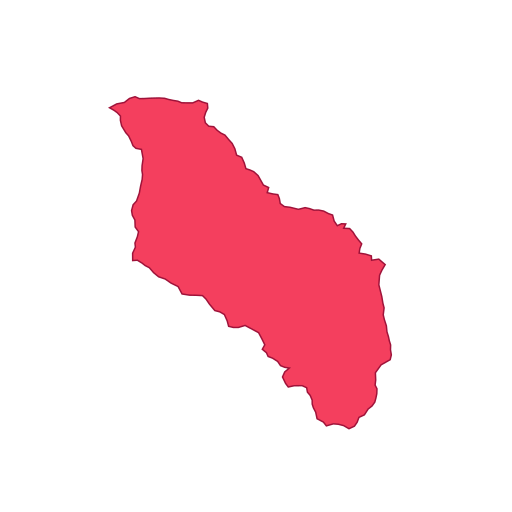 Paulistânia, São Paulo, Brazil, rotated 246°
{"feature_id": "56859067B21120338583283", "entity_name": "Paulistânia", "entity_type": "district", "adm_level": 2, "iso_a3": "BRA", "parent_name": "Brazil", "parent_adm1": "São Paulo", "projection": "natural_earth1", "projection_center": [-49.301, -22.568], "detail": "fine", "context": "isolated", "style": "filled", "palette": "rose", "viewbox_px": 512, "rotation_deg": 246, "n_neighbors": 0, "source": "geoboundaries", "source_scale": "gbopen_adm2", "svg_char_len": 2417}
<svg xmlns="http://www.w3.org/2000/svg" viewBox="0 0 512 512"><g transform="rotate(246 256 256)"><path d="M451.0,182.5L447.2,185.3L443.5,187.5L439.0,189.1L435.1,187.3L429.6,186.2L421.6,187.2L417.5,188.5L411.5,188.7L406.8,188.5L403.2,190.1L400.0,194.7L390.9,192.5L384.9,188.7L380.4,186.5L376.6,185.5L372.2,183.1L366.9,179.1L360.9,175.0L354.8,169.2L352.8,164.6L348.1,160.8L343.5,159.6L338.1,160.0L331.6,157.4L326.0,158.6L321.9,155.5L317.1,150.7L313.1,149.4L308.7,144.4L302.0,141.5L300.4,145.9L295.9,149.0L292.3,150.9L288.7,153.8L282.4,155.7L276.6,158.6L271.9,163.7L265.9,167.3L259.8,172.4L251.4,173.0L247.3,179.3L244.5,185.3L241.6,191.0L237.0,192.8L231.0,193.9L222.9,196.2L219.7,200.2L215.4,203.3L208.5,203.3L202.9,202.4L199.9,206.3L197.9,210.8L197.0,217.8L184.9,227.2L177.5,227.7L171.3,227.9L168.2,223.8L163.4,226.2L159.3,226.2L155.9,229.6L150.9,232.9L145.9,233.8L142.6,237.0L140.1,240.9L138.4,235.1L134.7,231.0L127.5,231.2L123.2,232.2L122.0,238.0L118.8,245.4L115.1,248.7L110.7,247.6L106.6,248.8L101.5,248.7L97.8,247.1L94.0,246.7L89.0,247.0L82.5,245.6L76.9,250.0L72.2,251.2L71.2,258.4L68.8,262.8L65.4,267.1L60.4,270.7L60.5,276.7L63.0,280.8L66.7,284.4L66.8,290.4L70.6,296.2L71.8,301.0L74.2,305.1L77.4,307.7L81.0,310.3L85.5,312.5L89.6,312.3L94.0,314.9L100.8,317.6L105.7,326.0L106.7,336.4L110.6,339.4L115.6,340.7L120.0,342.8L124.3,343.3L128.5,344.2L133.5,344.8L139.2,346.7L145.7,347.4L150.5,348.3L156.5,351.9L161.2,352.7L167.7,354.4L179.7,356.5L183.8,358.7L188.2,361.1L191.8,365.2L195.6,370.5L203.2,366.9L205.1,359.9L209.2,361.4L213.2,356.8L216.7,351.4L220.6,353.9L224.1,357.5L229.3,356.0L234.0,354.9L238.4,354.3L243.0,352.7L245.7,347.4L248.8,351.0L250.7,347.2L250.6,342.6L256.1,341.6L262.3,342.6L265.3,339.4L269.5,336.1L272.5,331.9L274.3,327.6L277.6,324.1L280.2,320.5L281.4,313.7L286.6,307.0L289.6,302.0L294.1,299.5L299.0,300.7L303.2,300.9L305.8,296.7L309.3,292.0L313.4,295.4L317.8,291.6L322.1,291.2L328.6,290.6L334.0,288.2L337.1,285.4L339.9,282.3L345.7,283.1L352.0,283.1L356.0,279.3L362.6,280.3L368.5,280.0L373.8,278.3L379.1,276.8L382.7,273.8L386.7,271.6L391.3,270.0L393.8,265.6L398.3,263.9L403.8,265.1L407.7,268.5L410.7,272.1L415.1,273.6L418.4,269.7L421.6,266.8L421.6,260.5L424.0,255.1L426.2,250.4L429.2,247.6L431.9,243.5L434.5,239.9L437.2,236.7L439.8,231.7L443.2,223.5L445.4,217.7L447.2,213.5L450.7,210.3L451.4,204.5L449.8,198.2L451.6,190.6L451.0,182.5Z" fill="#f43f5e" stroke="#9f1239" stroke-width="1.5"/></g></svg>